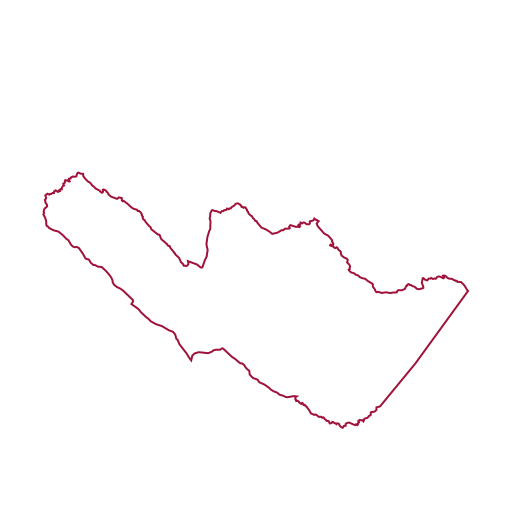 Íquira, Huila, Colombia (Equal Earth projection), rotated 134°
{"feature_id": "7082276B93831290188836", "entity_name": "Íquira", "entity_type": "district", "adm_level": 2, "iso_a3": "COL", "parent_name": "Colombia", "parent_adm1": "Huila", "projection": "equal_earth", "projection_center": [-75.689, 2.666], "detail": "fine", "context": "isolated", "style": "outline", "palette": "rose", "viewbox_px": 512, "rotation_deg": 134, "n_neighbors": 0, "source": "geoboundaries", "source_scale": "gbopen_adm2", "svg_char_len": 6095}
<svg xmlns="http://www.w3.org/2000/svg" viewBox="0 0 512 512"><g transform="rotate(134 256 256)"><path d="M376.1,230.1L371.9,232.6L368.8,232.5L365.0,230.4L359.1,222.9L356.1,221.5L352.8,220.8L351.0,219.5L348.5,216.8L345.9,216.2L345.4,215.0L345.3,203.5L344.5,199.3L344.3,194.5L344.0,192.6L342.9,191.3L342.6,188.9L343.4,186.0L343.5,183.2L343.2,181.1L345.7,178.1L345.9,173.5L343.8,168.9L344.5,166.6L344.3,165.2L342.6,160.6L341.7,154.6L341.8,152.8L341.1,149.3L339.6,146.0L339.4,142.7L337.7,139.5L336.8,136.8L335.8,135.3L330.4,131.4L328.8,129.2L330.3,129.5L331.7,128.2L331.6,127.3L332.1,127.1L332.4,126.3L331.2,125.2L331.0,124.0L331.4,122.9L331.0,120.8L329.8,120.9L329.4,120.3L330.2,118.4L329.3,117.7L329.6,117.1L329.1,116.4L329.5,115.4L329.2,114.3L329.7,113.1L329.9,110.6L330.9,108.0L330.9,106.7L330.0,104.2L329.6,103.5L328.9,103.4L328.3,102.2L328.1,99.1L326.5,97.6L326.3,95.9L325.4,95.7L325.2,94.8L325.6,93.2L325.3,91.9L325.6,91.1L325.2,90.1L324.5,89.6L324.3,88.8L325.0,87.4L325.1,86.4L323.6,85.6L322.4,85.9L321.8,85.0L321.7,83.3L321.1,82.5L321.1,81.3L320.1,81.4L319.3,80.4L319.2,79.3L319.8,78.3L320.0,76.3L319.5,74.5L318.8,74.2L317.4,74.8L315.8,73.6L314.7,74.8L314.0,74.9L312.1,74.1L311.1,73.2L308.9,67.3L307.8,67.2L307.3,65.6L306.4,65.7L306.1,66.5L304.1,66.3L303.8,67.6L303.3,67.3L302.3,67.7L301.9,67.6L301.5,66.7L300.3,65.3L300.4,63.8L299.6,64.0L299.1,65.0L296.9,64.6L295.2,63.5L293.7,63.4L293.1,63.7L291.0,63.1L290.5,63.1L289.2,64.5L288.1,64.7L286.3,63.0L284.9,62.5L283.0,62.5L281.2,64.2L278.1,62.3L222.6,66.7L133.8,79.2L133.8,80.3L132.4,85.7L132.3,90.4L134.6,93.1L134.4,93.9L135.1,94.6L134.9,95.4L135.8,96.5L136.3,99.1L138.2,101.5L138.7,103.0L138.7,105.8L139.6,107.4L140.2,107.8L140.9,105.6L142.0,105.8L142.8,108.8L143.7,110.3L145.3,111.1L147.6,110.9L148.4,112.2L149.7,112.8L150.1,114.7L151.2,114.9L152.2,116.1L154.6,115.9L155.6,117.9L155.6,120.2L156.2,120.6L160.0,118.2L162.1,114.0L162.8,113.5L163.8,113.9L166.7,115.7L167.8,117.3L168.0,120.6L169.0,122.6L169.2,124.3L170.0,125.2L170.1,126.6L170.4,126.9L171.5,127.2L172.3,126.6L173.4,127.1L176.1,126.0L179.3,127.2L181.6,129.8L182.7,130.1L184.4,129.5L187.7,132.6L189.3,133.5L191.8,137.3L195.4,140.0L196.6,142.9L198.2,144.0L198.4,145.1L197.4,147.5L196.9,150.4L196.4,151.3L195.3,152.0L195.1,153.2L196.2,157.6L196.6,161.8L197.9,163.7L199.1,166.6L199.0,168.6L200.2,171.5L200.2,173.1L201.7,176.1L201.9,178.1L201.4,179.8L200.3,179.4L199.6,180.4L198.2,181.0L197.4,182.8L197.3,186.1L195.5,186.9L195.1,187.5L194.8,188.9L195.8,191.2L196.2,194.5L195.5,196.6L194.5,197.3L194.0,198.2L194.2,201.4L193.5,203.3L193.8,204.2L195.0,204.3L195.5,204.8L195.6,207.0L196.9,210.0L196.0,210.3L195.0,208.2L193.8,208.5L193.4,209.0L192.8,211.5L192.3,211.5L191.7,212.6L191.2,218.0L192.5,222.6L191.7,232.2L190.5,234.9L187.5,235.2L187.9,235.9L187.8,237.0L188.3,237.5L188.2,238.3L188.7,238.9L188.6,240.0L189.5,239.6L191.3,239.8L193.4,241.3L193.8,241.3L194.8,240.1L196.0,239.8L196.5,240.1L198.0,241.6L198.3,244.4L199.2,245.3L200.3,245.4L201.0,247.2L202.4,246.1L203.1,246.2L203.7,247.1L204.3,247.0L204.2,244.9L205.1,244.8L206.0,246.6L207.2,247.3L209.9,252.7L211.9,252.5L212.5,251.1L213.0,251.0L216.4,254.2L218.6,254.3L219.6,255.5L224.4,256.8L228.8,259.7L229.0,262.8L230.0,267.3L231.8,272.0L231.1,278.3L230.5,279.7L231.3,281.0L230.8,282.5L230.9,284.3L230.2,286.5L230.6,288.3L230.6,290.9L229.7,292.5L229.6,294.0L228.9,294.8L228.9,295.9L228.4,297.1L228.6,297.9L229.9,298.4L229.9,299.4L230.6,300.0L230.7,300.5L230.2,301.2L230.3,301.8L229.9,302.9L230.3,303.5L230.4,304.7L230.8,305.7L232.6,306.9L234.8,306.7L237.8,307.5L239.4,307.2L240.2,308.1L241.3,308.1L241.6,309.3L242.1,309.8L242.5,309.4L243.4,309.4L245.1,310.7L246.3,310.6L247.6,311.8L249.6,311.5L251.1,315.5L252.4,317.1L253.2,319.2L253.9,319.5L257.1,318.5L259.4,316.4L261.3,315.3L262.6,312.9L268.5,307.6L270.5,307.0L276.0,304.2L281.4,300.3L282.7,298.9L285.2,295.0L290.7,291.1L294.8,289.8L301.3,286.7L302.1,287.0L302.7,288.1L303.1,292.6L307.0,301.4L308.6,299.1L310.2,298.8L311.5,299.1L313.2,301.4L312.5,302.5L312.5,306.1L311.6,307.6L310.8,310.3L310.9,315.2L310.4,316.0L310.6,317.2L310.2,318.1L309.6,323.4L308.8,325.1L309.4,325.6L309.7,327.0L309.2,328.2L309.5,329.4L309.3,330.7L309.7,335.5L309.3,337.0L307.9,339.5L308.0,340.8L308.6,341.2L309.5,349.7L308.5,352.1L308.7,353.6L308.2,358.9L307.6,360.8L307.9,362.7L307.0,364.4L306.3,364.7L306.1,366.5L305.4,366.9L305.1,367.7L304.8,368.9L304.8,371.5L305.8,372.3L305.4,373.8L307.0,376.7L307.6,379.3L307.7,384.7L308.3,389.6L309.3,390.1L309.1,391.3L307.6,392.6L307.6,393.0L309.2,395.4L311.4,395.6L313.9,401.3L314.2,404.6L313.4,407.1L313.6,408.3L313.2,409.6L313.9,411.7L314.8,412.2L316.1,410.6L317.5,410.7L317.9,413.0L317.6,414.0L318.9,418.2L318.7,420.8L319.1,422.2L318.5,426.0L319.1,428.4L319.1,431.0L318.9,433.9L318.4,435.9L317.0,437.4L318.5,439.2L319.5,441.8L320.2,442.0L321.2,441.8L323.5,440.5L325.3,441.8L326.1,443.0L328.2,443.7L329.0,443.2L330.3,444.2L331.0,443.7L331.7,441.9L332.3,442.3L332.1,442.9L332.5,443.1L332.7,444.3L333.3,444.5L333.8,445.9L335.1,445.5L336.0,444.4L338.0,444.8L338.6,443.1L339.3,443.6L341.5,443.2L343.0,442.0L343.8,443.1L344.6,442.8L345.4,443.2L345.7,442.2L347.6,443.1L347.5,444.2L348.1,445.8L349.1,445.7L349.8,446.1L351.1,445.1L352.0,446.1L353.9,446.5L354.4,447.3L355.5,447.4L356.1,449.3L358.7,449.7L360.2,447.1L362.4,446.8L362.8,445.7L363.8,444.6L364.4,441.9L365.4,440.7L368.9,441.0L371.7,439.6L372.2,438.3L373.8,437.8L375.1,433.8L377.0,430.7L378.9,429.0L379.7,427.4L379.3,426.3L379.6,424.5L379.2,422.9L378.1,419.4L375.7,415.1L375.4,412.3L375.2,409.0L375.4,404.5L375.0,401.9L376.4,396.7L376.3,394.0L375.8,392.8L373.9,391.0L373.3,389.0L374.6,382.2L376.2,377.0L375.9,375.8L374.8,374.2L374.8,373.0L375.6,370.2L375.5,366.9L374.5,365.8L373.5,362.5L371.1,359.2L371.0,353.5L371.4,348.9L372.0,345.3L373.2,342.3L374.6,340.6L375.3,337.8L374.9,334.4L373.7,330.9L373.2,327.2L373.2,314.0L374.2,312.8L377.1,312.2L375.9,304.2L375.9,302.7L376.4,299.8L376.3,292.7L375.9,289.8L376.1,286.5L374.6,280.8L371.8,275.0L370.0,267.3L368.2,263.0L368.6,259.6L370.9,255.7L370.8,254.0L372.7,249.7L374.3,238.3L375.6,233.4L376.1,230.1Z" fill="none" stroke="#9f1239" stroke-width="2"/></g></svg>